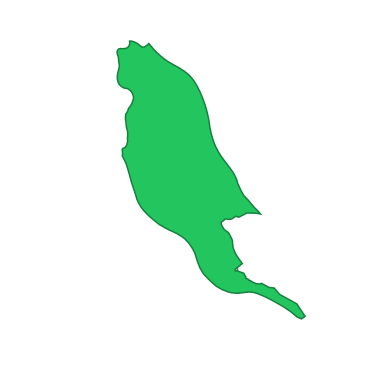 the district of Altena, Noord-Brabant, Netherlands, rotated 243°
{"feature_id": "6326949B90099876945918", "entity_name": "Altena", "entity_type": "district", "adm_level": 2, "iso_a3": "NLD", "parent_name": "Netherlands", "parent_adm1": "Noord-Brabant", "projection": "natural_earth1", "projection_center": [4.974, 51.77], "detail": "fine", "context": "isolated", "style": "filled", "palette": "green", "viewbox_px": 384, "rotation_deg": 243, "n_neighbors": 0, "source": "geoboundaries", "source_scale": "gbopen_adm2", "svg_char_len": 5860}
<svg xmlns="http://www.w3.org/2000/svg" viewBox="0 0 384 384"><g transform="rotate(243 192 192)"><path d="M255.4,146.2L254.8,146.2L254.7,146.2L252.2,146.3L250.1,146.3L246.6,146.1L243.3,145.5L238.4,144.6L229.1,142.7L223.7,141.8L215.0,140.5L210.6,139.6L207.1,139.4L201.3,139.8L198.4,140.3L193.3,141.7L191.3,142.4L188.3,143.5L185.5,144.7L183.7,145.5L181.5,146.5L178.0,148.0L174.7,150.2L172.9,151.3L168.7,154.3L165.4,156.9L161.5,159.9L161.1,160.1L157.2,162.5L153.6,164.3L147.7,166.0L140.8,166.8L135.8,166.7L131.6,166.0L127.0,165.2L126.0,165.1L120.4,164.6L113.6,165.1L107.0,167.1L102.9,168.5L97.1,170.8L91.5,174.4L89.1,176.6L86.6,178.8L84.4,181.3L81.1,186.5L78.9,192.4L77.0,197.5L74.2,201.7L71.3,204.6L66.3,208.9L62.9,211.5L57.8,215.1L48.4,221.3L41.0,225.4L32.9,228.9L29.2,232.0L29.9,236.3L42.2,234.9L44.7,234.6L51.7,229.9L58.6,225.2L61.0,223.6L69.2,221.6L70.6,219.5L71.9,217.4L76.5,214.2L78.8,212.6L79.3,211.9L79.2,210.7L81.2,207.5L84.2,205.1L86.4,203.9L87.7,202.4L88.3,202.8L90.6,200.8L92.1,201.5L92.9,201.3L93.3,201.3L95.9,201.3L96.0,201.3L96.1,201.2L96.5,200.9L97.2,200.3L97.4,200.0L97.7,199.8L98.8,198.7L100.5,197.1L100.7,196.9L100.9,196.9L101.0,196.8L101.3,196.8L101.5,196.9L101.6,197.0L101.8,197.1L101.6,196.8L101.6,196.6L101.5,196.3L101.5,196.2L101.5,195.8L101.6,195.6L101.6,195.3L101.7,195.2L101.8,195.0L102.0,194.9L102.3,194.9L102.6,194.8L103.0,194.8L103.3,194.8L104.2,198.9L104.3,199.0L104.5,200.2L105.4,204.3L105.8,204.2L108.8,203.8L113.4,203.1L117.3,202.8L120.0,203.0L121.1,203.1L122.5,203.2L124.6,203.6L126.1,204.2L127.9,204.9L129.7,205.7L131.1,206.1L135.2,206.2L137.7,206.2L139.1,206.0L140.2,205.6L142.2,204.5L142.5,204.3L143.6,203.9L144.8,203.6L146.2,203.5L148.2,203.3L150.2,203.6L150.9,203.9L151.4,204.1L151.8,204.3L152.0,204.8L152.0,205.1L152.0,205.9L152.1,206.7L152.3,207.5L152.5,208.2L152.7,208.9L152.6,209.4L152.5,210.1L152.2,210.8L151.9,211.1L151.1,212.3L150.5,213.1L150.3,213.6L150.1,214.2L150.0,214.7L150.0,215.4L150.1,216.7L150.2,217.6L150.6,219.8L150.3,220.1L150.1,220.4L148.3,222.2L148.3,222.9L148.3,223.8L148.3,225.5L148.3,229.5L148.3,231.5L143.9,239.7L141.3,243.0L143.8,242.5L146.1,241.8L148.9,240.8L150.7,240.3L158.7,238.5L158.9,238.5L160.9,237.9L162.9,237.2L163.1,237.2L164.0,237.0L165.1,236.7L166.0,236.5L166.6,236.4L167.7,236.4L168.7,236.4L171.7,236.3L174.0,236.4L177.7,236.6L178.4,236.6L179.2,236.7L181.5,237.2L182.7,237.4L183.7,237.5L184.6,237.6L185.6,237.6L186.5,237.6L187.4,237.6L188.2,237.6L190.1,237.5L192.3,237.3L194.3,237.0L196.5,236.7L197.9,236.4L199.5,236.1L200.3,236.0L202.8,235.5L206.7,234.8L208.0,234.6L208.9,234.5L209.7,234.3L210.5,234.2L212.0,234.0L212.8,234.0L213.7,233.9L215.6,233.7L217.2,233.7L218.3,233.7L218.9,233.7L219.9,233.7L221.4,233.7L223.1,233.8L223.6,233.8L224.7,233.9L225.0,233.9L226.2,234.1L227.9,234.2L229.3,234.5L230.8,234.7L233.1,235.2L233.8,235.3L235.2,235.6L237.7,236.3L240.9,237.1L242.8,237.7L245.9,238.8L249.0,239.8L251.1,240.4L253.1,240.9L255.5,241.5L259.4,242.4L260.6,242.6L261.7,242.8L262.7,243.0L265.5,243.4L266.5,243.5L268.0,243.7L270.0,244.0L272.1,244.2L274.4,244.4L275.9,244.5L276.4,244.5L278.1,244.6L280.3,244.6L282.1,244.6L284.4,244.6L286.6,244.5L287.6,244.4L288.2,244.3L289.4,244.2L290.2,244.1L291.8,243.9L292.6,243.7L293.1,243.6L293.9,243.4L294.8,243.2L295.6,243.0L297.1,242.5L298.8,241.9L300.2,241.3L301.0,241.0L302.6,240.2L304.8,239.0L305.2,238.7L306.2,238.2L307.6,237.4L308.5,236.8L309.4,236.2L310.0,235.8L311.1,235.1L311.6,234.7L312.2,234.4L312.3,234.3L313.6,233.4L315.1,232.4L316.8,231.3L318.4,230.3L319.5,229.6L321.1,228.8L322.5,228.0L323.6,227.5L324.5,227.1L325.4,226.7L326.5,226.2L328.1,225.5L328.4,225.4L328.8,225.3L329.9,224.9L333.3,223.5L336.6,222.6L337.5,222.4L338.1,222.3L344.6,220.7L343.7,220.5L343.6,220.4L343.3,219.6L343.2,218.9L343.2,218.0L343.1,217.3L342.9,216.4L342.9,215.6L343.0,214.8L343.4,214.0L344.2,213.2L345.6,212.4L346.5,211.9L347.1,211.7L348.6,211.0L349.6,210.4L350.6,209.7L351.6,208.9L352.2,208.4L353.1,207.6L353.7,206.8L354.3,206.0L354.8,204.9L353.6,204.4L352.6,203.9L351.3,202.8L350.7,202.0L350.3,201.2L350.1,200.4L349.9,199.5L350.0,199.2L350.0,198.7L350.1,197.9L350.4,197.1L350.7,196.3L351.1,195.5L351.5,194.7L352.0,193.9L352.4,193.1L352.6,192.3L352.7,191.5L352.5,190.7L352.0,189.9L351.2,189.1L350.5,188.7L349.5,188.3L348.5,188.0L347.5,187.9L347.0,187.8L346.4,187.7L345.4,187.5L344.4,187.1L343.4,186.7L342.4,186.3L341.4,185.9L340.4,185.6L338.3,184.9L337.3,184.4L336.3,183.8L335.3,183.0L334.4,182.2L332.2,180.3L331.7,180.0L331.1,179.4L330.8,179.2L330.5,179.0L330.3,178.8L329.8,178.5L328.7,177.8L328.4,177.6L327.9,177.4L327.5,177.2L327.1,177.0L326.8,176.9L326.3,176.7L325.2,176.4L324.3,176.2L324.1,176.1L323.1,176.0L322.1,175.9L321.1,176.0L320.1,176.2L319.1,176.5L318.1,177.0L317.0,177.6L316.1,178.2L315.1,179.1L314.7,179.6L314.3,180.4L313.7,181.2L312.6,182.0L312.0,182.3L311.0,182.8L310.0,183.1L309.0,183.4L308.0,183.5L307.0,183.6L306.0,183.6L305.0,183.4L303.9,183.2L302.9,182.8L301.9,182.3L301.6,182.0L300.7,181.2L299.9,180.4L299.2,179.7L298.4,178.8L297.8,178.0L297.2,177.2L296.8,176.4L296.3,175.6L295.9,174.8L295.6,174.0L295.4,173.8L295.1,173.2L294.4,172.5L294.2,172.3L293.5,171.6L292.9,170.8L292.4,170.1L292.2,169.8L291.7,168.7L290.7,167.9L290.4,167.7L290.2,167.6L289.7,167.2L288.8,166.6L288.6,166.5L287.6,166.0L286.7,165.6L285.6,165.3L284.6,165.0L283.6,164.6L282.7,164.3L282.4,164.1L281.7,163.8L280.4,163.3L279.5,163.0L279.0,162.9L278.4,162.8L277.5,162.6L276.6,162.4L276.4,162.4L275.5,162.2L274.5,161.8L273.5,161.3L272.5,160.8L272.0,160.6L270.8,159.9L270.3,159.5L269.4,159.0L268.4,158.5L267.4,158.1L266.4,157.5L266.0,157.3L265.9,157.2L265.3,156.9L265.0,156.5L264.9,156.4L264.5,156.0L263.3,154.8L262.8,154.1L262.4,153.3L262.2,152.4L262.2,151.9L262.2,151.5L262.2,151.0L262.2,150.7L262.2,150.0L262.0,149.6L261.7,149.2L261.2,148.9L260.2,148.5L258.2,147.8L257.1,147.1L256.2,146.4L255.4,146.2Z" fill="#22c55e" stroke="#15803d" stroke-width="1.5"/></g></svg>